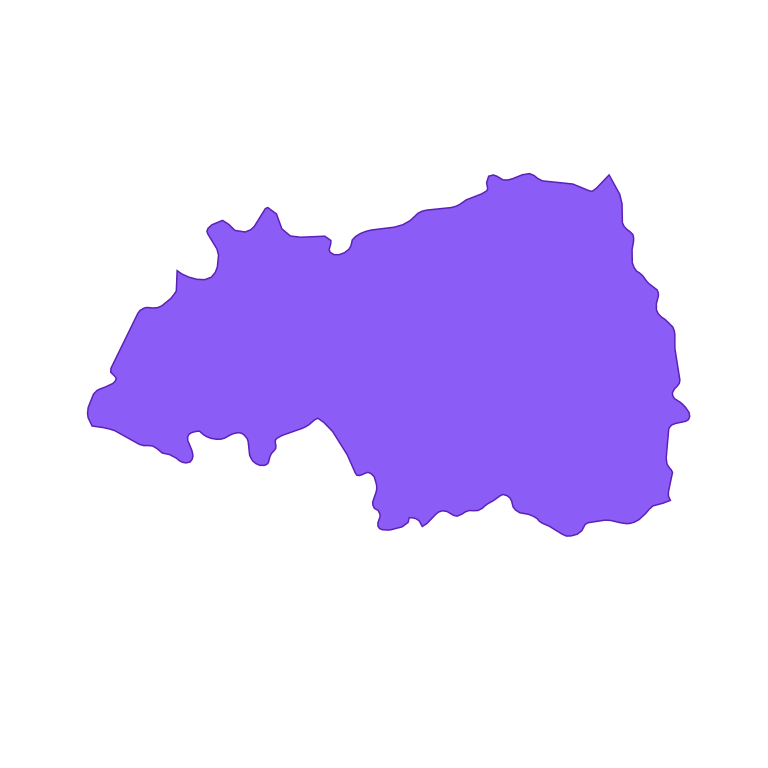 SVG path tracing the border of Aisne, rotated 74°
{"feature_id": "FRA-5263", "entity_name": "Aisne", "entity_type": "Metropolitan department", "adm_level": 1, "iso_a3": "FRA", "parent_name": "France", "parent_adm1": "", "projection": "albers", "projection_center": [3.618, 49.454], "detail": "fine", "context": "isolated", "style": "filled", "palette": "violet", "viewbox_px": 768, "rotation_deg": 74, "n_neighbors": 0, "source": "natural_earth", "source_scale": "10m", "svg_char_len": 3770}
<svg xmlns="http://www.w3.org/2000/svg" viewBox="0 0 768 768"><g transform="rotate(74 384 384)"><path d="M548.5,131.0L566.0,140.3L570.2,141.5L574.8,140.8L575.5,148.7L575.3,159.0L577.6,163.7L580.5,168.0L584.7,176.3L585.8,181.5L585.8,185.9L585.2,189.1L582.5,195.1L577.7,203.6L575.8,209.0L573.6,226.1L574.5,229.4L579.5,234.2L581.7,239.7L581.6,246.1L580.4,250.7L577.4,254.2L566.2,264.4L561.4,270.3L558.7,272.5L555.6,273.9L552.4,276.8L549.1,281.0L545.2,289.0L541.4,292.3L537.8,293.8L531.4,293.6L528.2,294.4L525.3,296.4L522.9,300.3L523.6,303.7L526.2,310.7L527.7,317.2L528.9,320.5L530.6,323.8L531.5,328.5L530.6,332.4L529.1,337.0L529.3,340.9L530.6,345.1L531.2,350.2L529.5,353.3L523.9,358.6L521.9,363.0L522.2,367.2L524.0,371.0L529.9,381.1L531.5,386.5L525.3,387.9L522.5,390.1L520.7,392.9L519.5,396.6L523.7,399.0L526.3,406.0L526.0,418.2L525.1,421.6L523.7,425.6L521.9,428.0L519.1,429.0L515.9,428.2L510.0,424.1L507.7,423.8L504.0,424.5L500.8,427.5L497.5,428.1L494.3,427.4L485.3,421.1L482.0,419.6L478.0,418.9L470.5,419.0L466.6,421.1L464.5,423.8L464.6,426.8L465.1,430.0L465.2,433.0L464.1,435.3L461.7,436.1L442.1,438.8L415.5,446.5L404.4,452.4L398.7,457.0L399.3,460.5L402.6,467.7L403.6,471.5L404.1,475.1L405.3,495.8L406.0,499.1L406.7,501.9L408.1,504.0L410.8,504.7L413.6,504.9L416.2,505.9L418.0,508.4L419.8,511.4L422.4,513.7L427.7,516.8L428.9,518.7L429.3,521.4L427.9,525.8L425.3,529.0L422.0,531.3L418.7,532.3L415.4,532.8L401.7,530.4L398.4,530.7L394.2,532.6L392.2,534.4L390.9,536.6L390.4,539.4L390.2,542.4L390.6,545.7L392.1,552.1L392.1,555.8L391.1,559.9L388.6,565.2L385.6,569.1L383.2,571.3L378.5,574.4L377.9,577.1L377.7,579.7L377.7,582.0L378.0,583.6L378.9,585.8L381.2,587.5L384.2,588.2L394.5,587.0L397.8,587.1L400.9,587.6L403.5,589.2L405.5,591.8L405.3,596.1L403.7,599.3L401.1,602.0L398.1,604.0L392.8,609.5L389.2,616.2L383.4,620.1L379.8,623.5L378.4,627.0L377.0,631.9L374.6,635.8L354.7,655.6L352.0,659.6L348.5,665.9L343.9,676.2L334.9,677.7L330.3,677.0L325.0,674.8L313.7,666.1L311.0,661.4L310.5,658.1L310.0,652.2L308.8,644.7L307.5,642.0L305.3,639.9L302.8,640.4L297.5,643.4L293.7,642.2L248.2,601.1L246.0,598.2L245.0,594.0L244.9,591.7L245.8,588.8L247.1,585.7L248.2,580.9L247.7,576.3L243.0,565.3L239.9,561.0L237.3,558.0L218.0,551.6L222.5,548.0L227.5,542.1L231.8,535.0L234.3,527.6L233.7,520.5L230.2,515.4L225.5,511.9L214.4,507.5L208.1,507.4L191.3,512.0L188.3,512.1L185.8,510.2L183.5,505.5L182.2,494.1L187.8,489.2L195.3,484.9L199.6,475.6L199.0,469.6L196.8,465.3L182.7,449.7L182.3,447.1L190.9,440.5L206.7,439.4L215.9,433.2L219.9,423.8L225.6,400.2L231.4,395.5L234.2,396.4L239.5,399.6L242.5,399.5L245.9,396.4L247.3,391.5L246.9,385.8L244.8,380.6L242.1,377.7L236.8,374.8L234.3,370.5L232.8,365.0L232.3,359.4L232.5,353.6L236.1,330.8L236.1,322.2L234.2,314.0L229.2,304.2L228.4,299.9L228.6,295.0L232.9,270.9L233.0,265.7L232.2,261.4L229.6,254.0L228.2,238.0L226.7,232.2L225.0,230.5L218.8,229.9L213.1,226.1L213.2,221.3L215.3,218.3L220.7,213.2L222.0,208.8L222.1,203.8L221.0,193.3L221.9,186.1L224.9,182.3L228.8,179.6L232.4,175.7L243.8,147.4L254.5,133.9L256.2,130.9L254.3,125.8L245.1,110.0L266.6,105.1L276.3,105.5L294.7,110.4L299.0,109.7L302.6,107.7L305.4,105.5L308.9,103.6L312.2,103.7L315.7,104.8L323.2,108.5L335.9,111.9L340.8,111.5L345.0,110.2L347.5,107.9L350.2,106.1L352.2,105.1L357.3,103.3L360.2,101.9L368.9,95.5L371.9,95.2L374.7,95.8L382.0,100.1L388.0,101.7L392.1,101.0L396.0,98.9L399.6,95.9L408.8,90.7L413.1,90.3L416.6,90.8L430.1,94.6L461.9,98.5L464.9,100.1L467.0,102.9L468.8,106.2L472.0,109.2L475.0,109.7L478.1,108.8L483.1,104.4L485.5,102.7L489.5,100.6L495.5,98.6L499.5,99.1L502.2,101.2L503.0,104.3L502.3,114.4L502.5,117.4L502.8,118.9L503.4,120.0L504.6,121.8L506.5,123.0L532.8,133.1L538.5,134.0L540.7,133.6L544.1,132.4L545.5,131.6L548.5,131.0Z" fill="#8b5cf6" stroke="#5b21b6" stroke-width="1.5"/></g></svg>